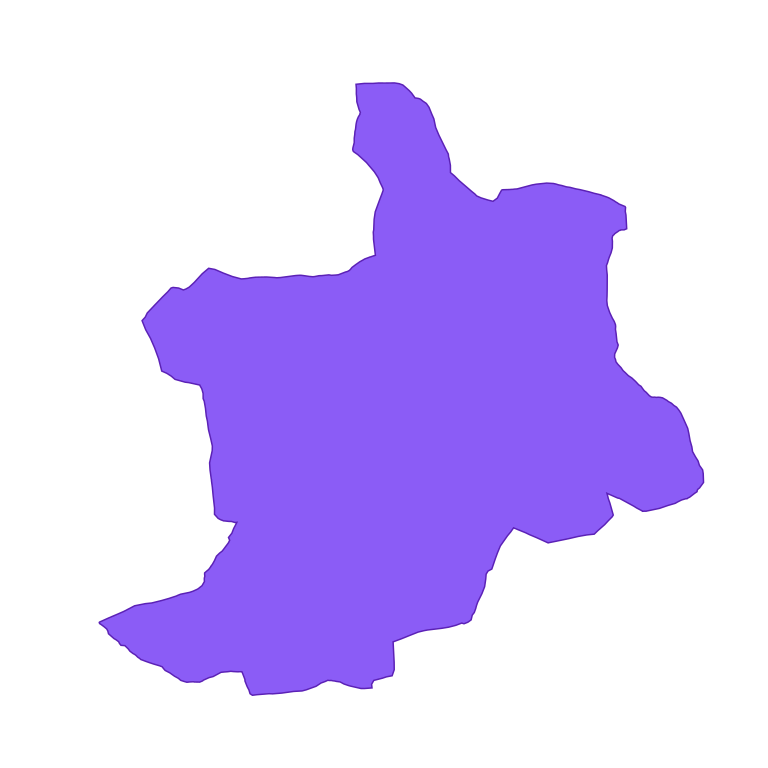 Dodoma Urban, Dodoma, United Republic of Tanzania (orthographic projection), rotated 174°
{"feature_id": "72390352B24669678050336", "entity_name": "Dodoma Urban", "entity_type": "district", "adm_level": 2, "iso_a3": "TZA", "parent_name": "United Republic of Tanzania", "parent_adm1": "Dodoma", "projection": "orthographic", "projection_center": [35.794, -6.146], "detail": "fine", "context": "isolated", "style": "filled", "palette": "violet", "viewbox_px": 768, "rotation_deg": 174, "n_neighbors": 0, "source": "geoboundaries", "source_scale": "gbopen_adm2", "svg_char_len": 6076}
<svg xmlns="http://www.w3.org/2000/svg" viewBox="0 0 768 768"><g transform="rotate(174 384 384)"><path d="M319.6,664.3L322.4,665.1L323.2,665.2L326.1,670.3L328.2,673.1L332.1,677.4L334.0,679.4L337.5,681.1L342.0,682.3L351.7,683.2L357.9,683.9L363.5,684.1L372.1,685.0L379.9,685.0L380.5,685.0L380.6,680.8L381.2,675.3L381.2,671.8L381.5,667.5L380.1,659.6L379.1,656.6L379.7,655.3L379.7,654.8L381.5,652.5L382.8,650.2L383.8,647.9L384.6,645.3L385.7,640.3L386.5,638.1L387.0,635.3L387.9,631.6L388.4,627.1L390.2,622.2L390.6,620.5L390.4,619.0L389.8,618.1L386.0,614.8L378.3,606.1L371.4,596.0L368.2,589.7L366.7,584.5L365.0,579.8L364.5,578.0L364.6,576.7L366.3,573.1L368.5,568.8L371.9,561.9L374.7,556.2L376.6,548.8L378.1,538.4L378.8,536.2L379.0,532.0L379.3,529.1L379.1,512.9L382.0,512.3L384.1,511.8L384.6,511.8L386.4,511.3L390.0,510.4L392.9,509.1L395.1,508.2L399.6,505.7L403.6,503.3L405.3,501.6L406.5,500.6L408.6,499.7L410.6,499.4L418.0,497.4L420.9,497.4L424.9,497.6L427.4,498.3L434.5,498.3L437.2,498.5L441.7,498.1L443.5,498.1L447.1,498.8L452.2,500.1L455.2,500.8L457.5,501.0L460.5,501.1L476.0,500.7L478.0,500.8L478.6,500.8L479.8,500.9L481.5,501.3L489.7,502.7L500.4,503.6L503.3,503.6L506.6,503.5L508.1,503.3L512.2,503.3L514.9,503.4L523.5,506.7L532.2,511.1L540.2,515.6L546.3,517.4L553.3,512.6L562.0,504.9L567.6,500.7L571.0,499.2L573.7,498.5L578.2,500.9L583.7,502.1L585.8,501.7L589.4,498.3L594.7,494.1L603.6,486.6L612.0,479.4L614.5,475.4L618.0,472.3L615.3,462.8L611.5,453.9L608.3,443.8L605.5,432.6L604.2,423.6L603.7,420.1L599.0,417.4L594.7,414.0L591.4,410.5L581.6,406.6L578.1,405.8L567.3,402.2L566.9,400.9L566.1,399.2L565.6,397.7L564.9,393.5L565.4,388.3L564.6,385.8L564.1,378.6L564.1,370.7L563.5,365.4L563.4,359.7L563.3,356.7L562.1,348.0L561.2,340.3L561.8,335.7L565.7,323.8L566.0,316.7L565.7,307.3L565.5,306.6L565.7,306.1L565.5,299.6L565.6,291.1L565.5,278.3L566.2,272.1L563.0,267.7L560.7,266.1L557.7,264.6L556.9,264.5L552.9,263.6L550.0,263.2L546.6,261.8L544.8,261.8L546.2,259.6L548.6,256.0L550.9,251.5L554.7,247.6L553.8,244.7L555.4,242.2L562.3,234.8L565.2,233.0L568.6,230.3L571.1,226.0L573.5,222.6L575.4,220.6L575.4,220.4L577.8,217.8L578.8,217.2L582.1,214.9L582.3,213.7L582.3,211.5L583.0,209.7L583.2,207.6L583.2,206.4L586.1,202.4L586.6,202.1L590.6,199.6L591.7,199.2L595.6,197.9L599.1,197.1L608.3,196.2L611.8,195.2L612.4,194.9L612.9,194.8L613.9,194.6L620.4,193.2L627.8,191.9L637.9,190.5L644.3,190.5L655.2,189.5L666.6,185.0L672.9,183.0L681.7,180.3L691.7,177.0L692.1,176.7L691.9,175.5L690.4,174.3L687.7,171.8L685.4,169.4L684.5,167.3L684.1,164.4L679.1,159.0L677.4,157.8L674.8,155.4L674.2,153.6L672.9,151.6L669.1,150.9L666.2,147.5L664.6,144.8L661.7,142.1L660.2,141.1L659.1,140.1L657.4,138.0L655.8,136.7L654.5,135.3L653.3,134.8L650.0,133.1L646.2,131.3L642.2,129.5L636.6,127.2L634.1,125.9L633.2,124.3L631.6,122.0L627.2,119.1L622.9,115.3L619.3,112.8L617.1,110.5L613.5,108.9L611.2,108.0L608.1,108.0L604.7,107.8L603.9,107.5L598.4,106.8L595.4,107.7L594.7,108.3L588.6,110.3L584.5,110.9L576.2,114.3L573.3,114.3L569.3,114.2L566.4,114.3L564.1,113.8L559.8,113.1L555.9,112.8L555.8,112.6L555.3,112.5L554.5,109.6L553.2,104.7L553.3,103.1L551.7,97.3L550.3,93.8L549.6,90.0L547.4,88.2L542.9,88.3L530.5,88.0L527.2,87.5L517.8,87.3L505.9,87.7L497.5,87.3L493.2,88.0L483.1,90.5L477.9,93.2L473.5,94.3L470.9,95.2L468.6,94.7L467.9,94.8L465.6,94.1L464.5,93.9L462.5,93.2L458.8,92.3L455.3,89.9L451.0,87.9L449.3,87.2L438.8,83.6L435.4,83.2L427.7,83.0L427.7,86.7L425.1,90.3L416.3,91.6L412.2,92.5L406.4,93.0L403.7,98.8L403.0,106.2L401.9,126.6L393.3,128.8L385.3,131.1L376.0,133.7L370.1,134.5L366.5,134.8L352.2,135.0L345.1,135.4L337.8,136.5L331.7,138.1L329.5,137.2L325.5,138.3L322.0,140.3L320.4,144.9L318.1,147.3L316.3,151.0L315.2,153.9L313.6,157.3L308.5,165.3L305.1,171.9L303.2,179.4L302.3,184.2L300.1,187.1L296.1,188.7L291.7,198.3L288.7,204.4L285.2,210.8L277.1,220.1L273.4,223.7L270.2,227.4L258.8,221.3L255.1,219.0L248.2,215.2L237.5,208.9L237.4,209.0L237.2,208.9L229.6,209.6L216.4,210.9L206.7,212.1L198.0,212.7L190.6,212.7L186.8,215.7L179.2,221.1L175.3,224.5L170.9,228.1L169.7,229.7L171.8,242.0L172.9,246.6L173.4,250.3L173.7,252.0L163.6,246.2L161.7,245.6L148.5,236.5L145.7,234.3L140.2,230.6L140.2,230.4L138.1,230.3L136.8,230.1L123.1,231.5L114.4,233.5L106.8,234.9L104.3,236.0L100.6,237.4L99.9,237.6L95.6,238.4L94.7,238.2L93.1,239.1L92.0,239.4L86.5,242.8L83.9,244.2L83.7,245.3L83.0,246.4L81.0,247.7L76.5,252.7L75.9,261.5L76.1,265.3L78.8,270.1L79.7,274.6L81.9,279.1L84.2,284.5L84.4,289.3L85.5,295.6L86.0,302.8L86.6,308.2L89.6,317.4L91.8,324.0L93.4,327.1L95.5,330.4L97.9,332.3L100.1,334.8L103.0,336.8L104.4,338.2L108.4,341.1L110.6,341.8L112.7,342.2L114.4,342.2L116.5,342.7L117.8,342.7L119.4,343.1L121.4,344.7L124.1,348.3L125.9,350.1L127.4,352.6L128.6,354.8L130.8,356.6L133.5,360.2L136.9,364.1L140.2,366.8L142.7,369.9L144.9,372.4L146.5,375.4L149.4,379.2L151.0,381.9L151.2,384.1L151.9,386.4L151.4,389.8L148.1,395.4L147.0,398.3L147.9,401.7L147.9,410.0L148.1,414.1L147.6,417.0L147.6,418.8L148.5,422.2L150.1,425.8L152.1,431.6L153.7,438.6L153.7,443.6L153.0,448.1L152.1,455.3L150.6,469.0L150.6,474.2L150.4,478.5L149.0,481.2L147.9,483.9L146.8,486.4L144.5,490.7L142.7,495.4L141.9,502.0L141.9,505.3L141.0,507.6L139.5,508.6L138.9,509.3L136.6,510.6L135.9,510.9L134.0,512.1L133.2,512.1L132.3,512.5L129.1,512.2L126.4,513.0L125.7,526.7L126.0,530.3L125.5,533.3L125.3,534.2L125.7,535.3L128.8,537.0L131.4,538.4L133.4,540.1L134.3,540.7L136.3,542.4L140.9,545.6L143.0,546.7L148.8,549.4L148.8,549.5L149.0,549.5L149.9,549.9L155.1,551.7L160.2,553.8L169.0,556.9L172.8,558.0L178.4,560.1L182.0,561.0L186.4,562.8L189.6,563.8L191.9,564.8L194.5,565.7L201.2,566.8L211.7,566.8L215.9,566.5L231.2,564.1L234.3,564.2L235.4,564.1L236.2,564.2L239.1,564.3L245.7,564.8L246.2,564.7L246.8,564.5L249.0,561.4L251.9,557.0L256.5,554.3L261.4,556.1L268.1,559.0L272.2,561.4L273.7,563.4L276.5,566.2L288.0,578.4L292.2,583.6L295.8,587.3L295.1,594.5L295.6,600.8L296.0,603.3L296.0,606.0L297.8,610.5L303.4,625.8L305.8,633.7L306.7,642.5L308.3,647.5L310.3,654.5L312.4,658.3L312.8,658.8L315.9,661.4L317.6,663.1L318.2,663.6L319.6,664.3Z" fill="#8b5cf6" stroke="#5b21b6" stroke-width="1.5"/></g></svg>